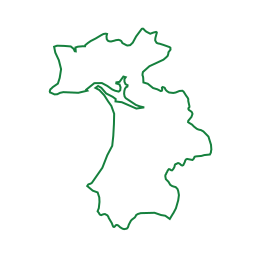 map outline of Setúbal (Robinson projection), rotated 9°
{"feature_id": "PRT-5498", "entity_name": "Setúbal", "entity_type": "District", "adm_level": 1, "iso_a3": "PRT", "parent_name": "Portugal", "parent_adm1": "", "projection": "robinson", "projection_center": [-8.638, 38.295], "detail": "fine", "context": "isolated", "style": "outline", "palette": "green", "viewbox_px": 256, "rotation_deg": 9, "n_neighbors": 0, "source": "natural_earth", "source_scale": "10m", "svg_char_len": 3422}
<svg xmlns="http://www.w3.org/2000/svg" viewBox="0 0 256 256"><g transform="rotate(9 128 128)"><path d="M111.0,215.0L111.7,211.7L111.4,205.5L110.5,201.1L108.1,196.4L103.0,195.4L96.8,191.7L97.5,190.1L98.5,189.4L99.7,188.9L100.9,187.8L108.9,171.3L111.8,158.1L115.2,148.1L114.7,138.2L113.5,126.4L112.1,116.1L108.1,108.8L104.2,104.8L99.4,99.4L93.8,95.0L89.6,93.5L91.9,91.2L95.4,92.5L101.0,97.3L108.0,99.6L111.3,101.3L111.5,103.7L117.9,103.5L133.2,107.5L140.8,105.1L136.3,104.8L132.3,104.0L121.1,98.9L119.7,97.4L118.8,94.8L118.6,92.2L118.8,89.9L119.6,88.1L120.9,87.2L120.9,85.8L118.7,85.1L117.3,82.9L116.8,80.3L117.8,78.2L115.4,77.9L112.4,83.8L109.4,84.7L109.4,85.8L112.8,86.3L114.3,89.0L114.4,92.0L113.1,93.5L109.4,93.2L106.4,92.4L101.0,89.7L95.2,87.7L87.7,89.0L80.8,96.6L82.0,97.5L73.4,101.0L58.5,102.7L55.4,103.9L52.9,105.7L50.2,106.3L46.2,105.2L45.5,105.1L45.0,104.1L45.1,102.7L45.5,101.6L46.1,101.1L47.2,99.5L51.8,95.1L52.7,89.2L52.7,80.4L49.1,71.9L44.4,64.9L42.3,59.3L45.1,57.8L52.2,56.9L58.7,56.4L61.9,58.3L63.4,60.5L64.4,60.5L63.5,56.7L65.8,55.5L70.6,54.3L72.8,54.0L72.8,52.9L75.1,50.3L77.6,47.9L82.0,44.7L87.4,40.2L88.0,39.8L88.9,39.1L89.6,38.8L91.3,38.3L92.6,38.4L92.4,40.8L93.1,43.5L94.4,44.9L95.9,45.3L97.7,45.2L100.8,43.9L102.4,43.1L104.9,42.4L106.7,42.7L107.8,43.2L109.2,45.0L113.6,46.5L114.6,46.6L117.2,45.8L119.4,42.9L119.9,41.4L121.7,36.3L126.1,27.9L127.2,27.5L128.3,28.1L129.2,28.9L131.0,30.0L135.2,31.4L138.1,29.8L140.7,28.7L141.5,29.1L141.5,30.0L141.3,31.4L141.2,32.8L141.0,34.1L141.0,35.8L141.2,37.3L142.9,39.4L144.6,39.8L146.0,39.8L150.0,40.4L156.4,41.6L157.3,42.1L157.7,44.0L156.1,46.9L156.2,48.2L155.9,50.5L154.7,52.2L152.3,55.0L139.5,63.6L134.0,70.3L133.9,71.7L134.0,73.5L134.7,74.7L135.2,76.2L136.1,80.6L140.6,81.2L146.5,84.6L150.9,85.2L154.6,86.4L155.6,85.9L155.8,84.9L155.5,83.7L155.2,82.8L155.8,82.1L157.2,82.3L158.3,82.9L158.8,83.9L159.7,84.8L161.1,85.7L163.0,86.5L167.3,86.3L169.5,85.5L173.0,83.4L175.9,82.7L177.2,83.4L180.2,86.8L182.2,88.8L182.9,89.9L183.0,90.0L183.1,90.7L183.3,91.9L185.3,97.0L185.3,98.1L184.7,98.7L184.6,99.7L185.4,100.7L187.6,101.7L188.7,102.5L189.5,104.0L188.9,107.2L186.4,111.4L186.4,112.8L187.4,113.3L190.7,114.6L192.8,116.2L196.0,118.0L197.4,118.4L198.8,118.6L200.2,118.6L203.0,119.6L208.8,123.9L212.6,131.6L213.7,136.3L213.6,138.0L213.7,139.3L213.0,141.4L207.6,142.8L204.9,144.1L199.6,145.4L198.3,146.0L197.7,148.1L196.7,149.5L191.2,149.3L190.1,150.1L189.6,151.3L189.4,152.8L188.4,156.0L187.4,156.6L186.1,156.2L185.0,155.4L183.5,154.8L182.4,155.0L181.5,155.9L180.5,156.3L180.1,157.1L180.0,157.9L180.0,158.8L179.8,159.7L179.1,161.5L178.7,162.1L178.2,162.9L177.4,163.0L176.5,162.7L175.7,162.2L174.7,162.3L173.8,164.0L173.5,165.3L173.0,166.4L172.8,167.5L172.3,168.7L172.4,169.8L172.7,170.7L173.4,172.6L176.4,174.8L178.6,177.5L180.6,178.4L182.3,178.7L184.3,178.9L186.4,180.5L187.4,182.3L188.8,186.3L188.9,191.6L187.9,199.8L186.2,204.8L185.6,206.1L183.5,211.3L178.9,209.0L178.3,208.8L174.3,208.8L167.5,207.6L153.9,210.1L151.2,211.4L149.7,212.7L149.3,214.0L148.7,215.3L146.1,218.0L145.3,219.3L143.9,223.4L143.7,224.9L143.4,226.3L142.5,227.6L140.0,228.5L138.3,228.3L135.6,227.2L134.5,226.4L133.3,225.7L132.1,225.5L131.1,226.0L130.6,227.0L130.0,227.8L129.1,227.9L128.3,227.0L126.9,224.5L123.0,219.8L122.5,218.8L121.3,217.5L118.7,216.6L117.6,216.9L116.3,217.5L115.3,218.2L114.2,218.1L113.4,217.6L112.5,216.4L111.0,215.0Z" fill="none" stroke="#15803d" stroke-width="2"/></g></svg>